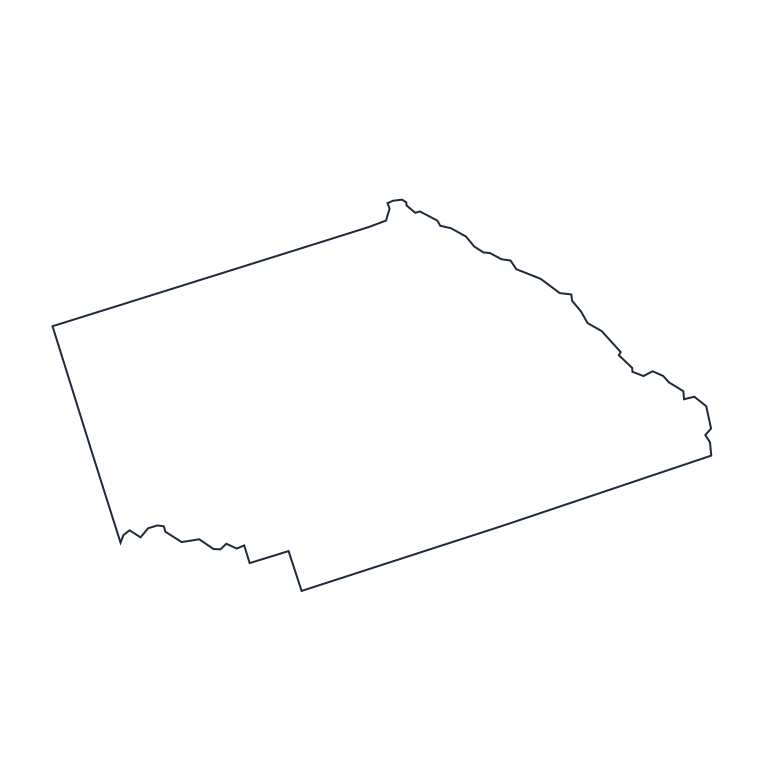 outline of Saguache, Colorado, United States of America, rotated 342°
{"feature_id": "52423323B75261730281757", "entity_name": "Saguache", "entity_type": "district", "adm_level": 2, "iso_a3": "USA", "parent_name": "United States of America", "parent_adm1": "Colorado", "projection": "orthographic", "projection_center": [-106.091, 38.103], "detail": "fine", "context": "isolated", "style": "outline", "palette": "slate", "viewbox_px": 768, "rotation_deg": 342, "n_neighbors": 0, "source": "geoboundaries", "source_scale": "gbopen_adm2", "svg_char_len": 965}
<svg xmlns="http://www.w3.org/2000/svg" viewBox="0 0 768 768"><g transform="rotate(342 384 384)"><path d="M673.1,553.2L676.0,540.3L673.8,531.8L681.3,527.4L683.6,504.7L675.2,492.0L664.6,491.2L666.5,483.4L655.4,470.4L652.0,462.6L643.4,454.9L633.2,456.6L624.1,449.2L625.0,445.4L616.2,429.2L619.0,426.8L607.4,401.0L596.4,388.9L593.8,376.0L588.6,362.9L589.8,356.7L579.3,351.9L565.5,332.4L545.3,315.7L542.5,305.7L534.2,301.6L525.1,292.1L519.2,289.6L512.3,281.2L507.6,269.2L495.8,256.5L486.4,250.9L485.3,245.2L471.5,231.0L466.6,230.8L460.6,221.2L461.3,218.1L458.2,214.3L449.2,212.5L443.2,213.1L443.5,219.0L436.4,229.2L417.9,230.0L371.9,229.6L177.5,227.6L86.6,226.6L85.1,361.2L84.4,453.5L89.5,447.2L96.8,444.5L105.1,454.6L115.1,448.3L124.9,448.5L130.7,451.4L130.4,456.9L142.7,471.8L160.3,474.6L170.9,488.3L177.4,490.7L184.7,487.2L193.1,495.0L201.1,494.3L200.9,512.8L241.6,513.4L241.7,555.3L451.1,555.5L673.1,553.2Z" fill="none" stroke="#1e293b" stroke-width="2"/></g></svg>